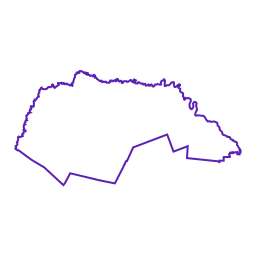 the district of Acuña, Coahuila, Mexico
{"feature_id": "50627088B18038735195258", "entity_name": "Acuña", "entity_type": "district", "adm_level": 2, "iso_a3": "MEX", "parent_name": "Mexico", "parent_adm1": "Coahuila", "projection": "albers", "projection_center": [-102.149, 29.425], "detail": "fine", "context": "isolated", "style": "outline", "palette": "violet", "viewbox_px": 256, "rotation_deg": 0, "n_neighbors": 0, "source": "geoboundaries", "source_scale": "gbopen_adm2", "svg_char_len": 5600}
<svg xmlns="http://www.w3.org/2000/svg" viewBox="0 0 256 256"><path d="M187.0,158.1L218.9,161.4L219.5,163.0L219.5,160.7L223.7,160.7L223.7,157.1L229.4,157.0L229.4,156.4L229.9,156.4L229.1,154.2L229.8,153.7L229.8,153.4L230.1,152.6L231.0,152.5L231.2,152.9L231.8,152.5L231.9,153.1L232.8,153.1L232.8,152.7L233.9,152.7L233.9,152.3L235.7,152.3L237.3,152.0L237.3,154.2L239.5,154.4L239.5,152.8L240.6,152.6L240.6,150.6L240.5,150.4L239.7,150.7L239.6,150.4L239.5,149.6L239.8,149.0L239.3,148.6L237.6,145.6L237.1,145.2L237.0,143.2L236.4,142.0L235.6,141.7L235.2,141.8L234.9,141.7L234.2,141.3L234.0,140.9L233.0,140.6L232.8,139.8L231.8,139.7L230.5,138.9L230.1,137.6L229.4,137.0L227.8,137.1L227.0,136.6L226.8,136.1L224.5,135.2L223.4,134.9L222.8,134.5L222.4,133.8L222.4,133.0L221.9,131.9L219.8,129.8L219.6,129.3L219.7,128.4L219.1,126.9L217.6,125.5L217.3,123.0L217.0,122.6L214.2,121.5L213.6,121.5L211.4,121.9L210.9,121.8L209.6,121.1L208.2,121.5L207.7,121.4L206.1,119.5L204.5,116.7L203.5,115.9L197.9,115.3L195.8,115.6L195.3,115.3L195.2,114.4L195.5,112.9L195.9,111.8L197.1,109.9L196.1,105.3L196.6,103.7L196.4,102.8L196.0,102.4L195.0,101.9L194.5,101.9L194.1,102.2L193.0,103.6L193.4,105.6L193.2,107.3L191.8,109.2L191.3,109.2L190.7,108.7L189.8,107.6L189.5,105.0L189.7,103.6L190.8,101.0L190.7,99.3L188.8,98.1L186.8,98.3L185.8,97.9L185.5,98.2L184.8,99.6L184.5,99.8L184.2,99.7L183.9,98.8L183.8,97.4L182.8,96.1L183.2,94.1L183.1,93.4L182.6,92.9L181.1,92.3L180.1,91.5L180.0,91.0L180.3,89.7L180.2,88.8L179.8,88.5L178.9,88.2L178.2,87.5L178.2,86.7L179.7,85.9L180.0,85.4L180.0,84.8L179.6,84.3L179.1,84.3L178.3,84.7L175.8,86.9L174.7,87.0L174.3,86.6L174.1,85.2L173.8,84.4L174.0,82.7L173.6,82.2L172.8,82.1L171.2,82.8L170.4,84.0L168.7,85.3L166.8,85.2L165.6,86.0L165.0,86.1L164.6,85.7L164.8,83.6L164.7,82.5L165.1,81.1L164.5,79.7L164.1,79.3L163.2,80.3L162.7,80.7L161.9,80.7L161.4,81.2L160.8,82.3L161.0,82.8L161.1,84.0L160.8,84.7L158.6,84.4L157.6,84.0L156.3,84.6L155.1,84.5L154.5,85.2L154.4,85.9L153.3,86.6L152.4,86.1L152.1,85.2L151.6,85.0L151.4,84.5L150.3,84.8L150.0,85.2L149.8,85.8L149.2,85.8L148.6,84.8L148.3,84.5L147.4,85.2L146.1,85.7L145.8,85.4L145.1,83.9L144.6,83.9L143.9,84.5L143.4,84.5L142.9,84.3L142.6,83.5L141.2,83.7L139.0,82.3L138.3,82.2L137.9,82.4L137.8,83.2L137.5,83.5L135.8,83.4L135.0,82.9L134.7,81.9L134.8,81.6L135.6,81.0L135.9,80.4L134.3,79.5L133.8,79.6L133.5,80.0L133.6,80.6L134.2,81.9L134.1,82.3L133.7,82.5L132.4,81.9L131.2,80.6L131.0,80.1L130.5,80.0L130.2,80.1L129.0,81.2L128.1,81.7L127.5,81.5L127.1,81.8L126.2,81.2L124.1,81.2L123.7,81.5L122.9,82.7L122.2,83.1L121.7,82.7L121.8,81.8L121.5,81.0L120.4,80.8L119.5,81.5L119.1,81.5L118.5,81.0L118.3,80.2L118.3,79.8L118.1,79.4L117.2,79.0L116.5,79.1L116.3,79.7L116.5,80.2L116.2,81.1L115.8,81.3L115.4,81.2L115.1,80.3L114.8,80.2L112.9,81.3L112.6,81.2L112.1,80.6L111.5,80.7L110.6,80.4L110.3,80.6L110.0,81.1L110.3,82.0L110.0,82.2L109.5,82.2L109.1,82.8L108.9,82.8L108.5,82.6L106.6,82.7L106.3,82.4L106.1,81.9L105.6,81.8L105.4,81.6L104.2,82.1L103.5,81.7L102.7,82.0L102.3,81.8L101.9,81.9L101.7,81.4L101.8,80.9L101.5,80.6L101.0,80.7L100.4,81.2L98.9,80.5L98.2,79.6L97.1,79.2L96.9,78.6L96.3,77.7L94.9,77.7L94.8,77.1L95.1,76.4L95.1,75.9L94.7,75.2L94.1,74.9L93.7,75.1L93.4,76.1L93.1,76.4L92.7,76.3L92.0,75.6L91.6,75.4L90.2,75.9L89.3,74.9L87.9,74.9L87.8,74.5L88.0,73.5L87.7,72.9L87.3,73.0L87.0,74.3L86.1,74.3L85.7,74.0L86.0,73.0L85.6,72.5L85.2,72.4L84.5,73.0L83.9,73.1L83.2,72.0L82.3,71.7L81.8,71.2L80.6,71.3L80.1,70.9L79.5,71.1L79.1,71.7L79.4,72.7L79.3,72.9L78.3,73.1L78.2,72.4L77.3,72.3L77.1,72.8L76.4,73.1L76.2,74.3L75.3,74.7L74.8,75.2L75.0,76.4L75.0,77.0L74.2,78.3L73.8,79.9L73.4,80.9L73.4,82.2L72.0,83.2L72.3,83.7L72.6,84.6L72.3,85.8L72.0,85.7L71.5,84.8L71.0,84.7L70.4,85.3L69.9,85.4L69.6,84.9L68.5,84.7L67.2,83.8L66.7,84.3L65.7,83.7L64.6,84.1L64.1,83.2L63.7,83.0L63.3,83.3L63.0,83.9L62.1,83.9L62.0,83.7L62.0,83.0L61.4,82.6L60.1,83.3L58.1,82.9L57.9,83.3L58.0,83.6L58.9,84.2L58.5,85.2L56.2,86.5L55.5,87.4L54.8,87.9L54.0,87.3L54.0,86.6L53.1,84.9L52.8,84.5L52.5,84.4L51.9,85.1L52.1,86.2L52.0,86.5L51.4,86.5L50.3,87.3L49.4,87.0L48.7,87.1L48.3,87.4L47.8,87.4L46.7,88.9L45.8,89.1L44.2,89.2L42.6,89.0L41.8,88.5L41.7,87.6L41.0,87.9L40.7,88.2L40.2,89.8L39.8,90.0L39.6,90.6L39.2,90.6L39.4,92.7L38.4,93.7L38.3,95.2L38.9,96.3L38.6,96.9L37.8,97.0L37.2,97.6L36.8,98.6L36.2,99.1L35.7,99.5L35.4,99.5L35.6,99.8L35.4,100.5L34.9,100.8L34.1,100.7L34.1,101.0L33.7,101.4L33.6,102.1L33.9,102.7L34.0,103.5L33.9,105.1L33.6,105.6L33.8,106.2L33.1,106.8L31.6,106.1L31.0,106.2L30.7,106.5L31.4,108.5L30.9,109.4L30.5,109.2L30.1,109.3L30.1,110.1L29.6,110.8L29.7,111.5L29.9,112.0L30.4,112.4L29.7,112.5L29.3,113.1L28.2,113.0L27.9,113.5L28.1,113.9L28.0,114.3L27.5,114.7L27.3,115.1L26.3,115.6L26.3,116.0L26.5,116.5L26.4,117.9L26.7,118.3L26.4,119.1L27.1,120.2L26.7,120.4L25.9,120.4L25.6,120.6L25.4,121.5L25.6,122.0L24.7,122.9L24.4,123.7L24.5,124.4L25.0,124.6L23.8,125.4L23.8,126.6L23.6,126.9L24.2,128.8L23.5,129.7L23.5,129.9L24.2,130.0L24.3,130.7L25.1,130.5L25.7,130.7L25.7,130.9L25.4,131.4L25.0,131.2L24.3,131.3L23.5,132.4L23.4,133.6L22.6,133.8L22.2,134.2L22.1,135.3L22.7,135.7L22.8,136.1L20.3,137.0L19.1,136.9L18.6,136.6L17.9,137.4L18.3,138.3L18.2,139.3L17.8,140.2L17.8,140.9L17.4,141.5L17.5,142.0L16.9,142.3L16.8,142.5L17.2,143.1L17.4,144.4L17.1,145.0L16.5,145.4L16.2,145.9L15.7,146.1L15.7,146.5L16.2,147.3L15.4,148.3L15.4,148.7L15.7,149.2L16.4,149.2L17.4,150.3L18.2,150.2L18.8,150.5L31.8,160.0L44.2,167.4L63.4,185.1L64.9,183.2L70.2,173.3L99.4,180.3L114.9,183.4L124.4,164.8L124.2,164.8L126.2,160.9L127.0,161.0L133.2,147.4L167.2,134.5L173.5,151.6L187.7,146.2L187.0,158.1Z" fill="none" stroke="#5b21b6" stroke-width="2"/></svg>